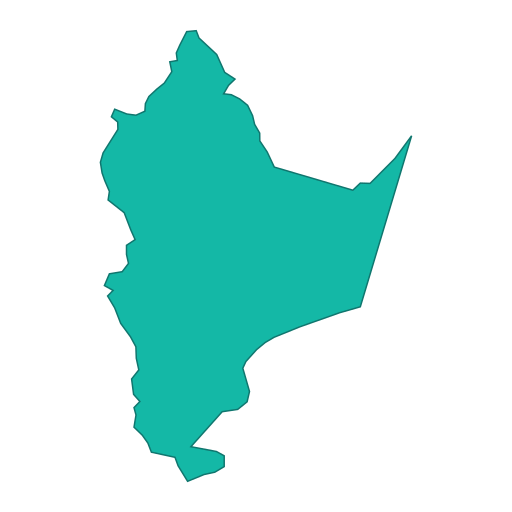 Almino Afonso, Rio Grande do Norte, Brazil
{"feature_id": "56859067B53206467029095", "entity_name": "Almino Afonso", "entity_type": "district", "adm_level": 2, "iso_a3": "BRA", "parent_name": "Brazil", "parent_adm1": "Rio Grande do Norte", "projection": "mercator", "projection_center": [-37.775, -6.157], "detail": "fine", "context": "isolated", "style": "filled", "palette": "teal", "viewbox_px": 512, "rotation_deg": 0, "n_neighbors": 0, "source": "geoboundaries", "source_scale": "gbopen_adm2", "svg_char_len": 1218}
<svg xmlns="http://www.w3.org/2000/svg" viewBox="0 0 512 512"><path d="M411.6,135.8L394.9,158.5L370.1,183.4L360.3,183.1L352.8,190.2L274.3,167.1L267.2,152.0L259.8,140.9L259.7,133.1L254.6,124.3L252.6,115.7L247.6,105.3L239.6,98.9L231.3,94.7L223.6,93.8L228.5,85.4L235.0,79.1L224.7,72.4L216.7,54.5L199.0,38.0L196.2,30.7L186.7,31.6L179.8,45.1L176.3,53.0L177.3,60.5L169.8,61.8L171.8,71.7L164.3,83.1L156.8,89.1L148.9,96.5L145.4,103.6L144.9,111.2L136.0,115.2L126.8,114.0L114.7,109.2L111.4,116.8L117.7,122.0L117.9,129.4L103.1,152.9L100.4,162.3L102.1,173.0L104.8,180.7L109.4,191.4L108.1,200.0L124.2,212.7L130.8,229.9L135.1,239.6L126.5,245.3L126.5,254.4L128.5,263.4L122.2,271.7L109.4,273.8L104.4,285.6L113.1,290.4L107.6,296.0L114.7,307.9L120.7,323.4L130.5,336.8L135.9,346.8L136.3,358.3L138.8,369.9L131.6,379.0L133.6,394.4L139.9,401.5L134.0,407.6L136.0,415.0L134.0,427.2L142.3,435.2L147.9,443.1L151.4,452.2L175.0,457.3L178.1,465.8L187.6,481.3L204.1,474.5L214.8,472.2L224.2,466.6L224.2,455.8L216.4,451.5L190.9,446.7L222.2,411.7L237.7,409.4L247.1,401.8L249.5,391.5L242.8,368.2L245.9,361.5L256.6,349.6L265.2,342.5L274.0,337.3L299.6,326.9L339.7,312.7L360.3,306.8L411.6,135.8Z" fill="#14b8a6" stroke="#0f766e" stroke-width="1.5"/></svg>